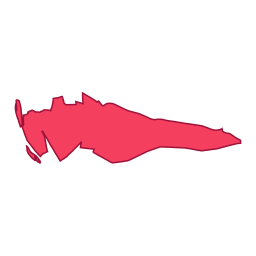 Basatin, Al Qahirah, Egypt
{"feature_id": "37247803B92056872151518", "entity_name": "Basatin", "entity_type": "district", "adm_level": 2, "iso_a3": "EGY", "parent_name": "Egypt", "parent_adm1": "Al Qahirah", "projection": "natural_earth1", "projection_center": [31.251, 29.98], "detail": "fine", "context": "isolated", "style": "filled", "palette": "rose", "viewbox_px": 256, "rotation_deg": 0, "n_neighbors": 0, "source": "geoboundaries", "source_scale": "gbopen_adm2", "svg_char_len": 5188}
<svg xmlns="http://www.w3.org/2000/svg" viewBox="0 0 256 256"><path d="M62.2,96.5L60.3,97.0L57.9,97.8L57.5,97.8L56.1,98.0L55.1,98.1L53.2,98.5L53.2,100.3L53.2,100.8L52.8,102.6L52.4,104.9L52.1,106.0L51.6,108.4L51.3,108.4L51.2,108.7L50.9,109.3L50.7,110.7L50.6,110.8L49.9,110.5L49.3,110.2L49.0,110.2L48.4,110.1L48.0,110.1L46.2,110.0L44.9,109.9L43.9,110.0L43.7,110.0L42.8,110.8L42.3,111.2L42.0,111.3L41.1,111.4L40.9,111.4L40.6,111.6L40.0,112.2L39.8,112.3L39.7,112.3L38.9,112.1L38.5,112.0L36.9,112.0L35.7,111.9L35.1,111.9L34.2,111.1L33.8,110.9L32.8,110.5L32.0,110.1L30.4,111.2L29.9,111.0L28.8,111.7L27.8,112.2L28.2,113.2L27.9,113.6L25.9,114.7L24.7,115.0L24.5,115.4L23.8,115.8L23.2,114.6L23.3,117.2L23.4,121.7L23.7,124.0L22.8,126.1L22.2,126.8L25.2,135.4L27.3,140.6L30.9,145.2L35.4,151.1L40.4,156.5L42.0,154.7L42.9,153.9L43.2,153.6L43.4,153.5L45.3,152.7L47.1,151.7L47.5,151.6L47.3,151.2L47.2,150.9L45.9,144.3L45.7,143.1L45.6,141.9L45.2,140.0L45.0,139.0L44.8,137.7L44.4,136.2L44.0,135.3L43.4,134.2L42.9,133.1L42.5,132.3L42.0,131.5L42.5,131.2L44.4,134.3L47.2,139.0L48.6,141.5L50.5,145.0L53.2,149.3L55.5,153.3L57.1,155.8L60.2,161.0L62.2,159.6L64.1,158.5L64.4,158.4L64.8,157.9L65.1,157.7L66.3,156.9L67.0,156.4L67.7,155.6L68.3,154.9L70.1,153.2L72.5,151.0L73.1,150.3L77.1,146.3L80.0,143.4L81.1,142.1L81.4,142.4L81.0,143.9L80.4,147.6L82.0,147.8L94.2,149.2L93.2,151.6L93.2,151.8L93.3,152.1L93.4,152.4L93.6,152.5L97.2,154.6L99.0,155.6L103.1,157.8L104.8,158.8L108.3,160.7L110.3,161.9L110.7,162.1L111.5,162.5L112.0,162.7L112.4,162.8L113.2,162.8L114.9,162.6L118.6,162.1L123.6,161.4L125.4,161.0L126.7,161.0L129.1,160.2L132.9,158.4L142.4,153.8L147.3,151.4L151.7,149.8L156.3,148.2L158.9,147.3L160.2,147.0L161.9,146.9L166.7,147.1L168.3,147.1L171.8,147.3L182.3,147.8L184.8,147.9L190.4,148.8L193.1,149.3L196.1,149.9L199.5,150.4L200.6,150.7L201.2,150.7L202.9,150.7L203.9,150.5L206.3,150.2L210.4,149.7L212.2,149.4L213.8,149.2L215.7,149.0L217.4,148.7L220.5,147.8L222.5,147.3L224.8,146.7L227.9,145.8L236.1,143.8L238.3,143.4L240.0,143.3L240.6,143.2L240.6,140.4L235.2,137.4L233.9,136.4L229.7,133.6L228.4,133.3L226.2,133.1L222.8,131.6L222.6,131.2L222.4,130.6L222.3,129.8L222.2,129.5L222.0,129.1L222.0,128.7L221.7,128.9L220.2,129.5L218.7,129.9L217.8,130.0L215.9,130.2L214.0,130.0L212.4,129.6L210.5,129.1L207.2,127.7L205.2,127.0L204.3,126.7L201.9,125.9L199.1,125.4L191.7,124.3L184.5,123.3L182.8,123.0L181.6,122.8L178.0,122.2L173.2,121.4L169.2,120.9L166.3,120.4L163.2,119.6L161.2,119.3L160.8,119.2L159.6,119.2L159.0,119.2L157.4,119.3L155.3,119.6L154.5,119.6L153.3,119.5L152.3,119.3L150.7,118.9L149.6,118.4L147.8,117.5L141.8,114.8L139.4,113.8L136.7,113.0L131.6,111.7L129.1,111.0L126.6,110.1L125.4,109.6L124.5,109.1L115.2,104.6L114.0,104.1L112.9,103.7L111.9,103.5L110.7,103.4L109.0,103.3L108.3,103.4L107.9,103.4L106.9,103.6L106.5,103.8L106.2,103.9L105.6,104.2L104.7,104.9L104.3,105.2L103.9,105.4L103.4,105.6L103.2,105.7L102.5,105.6L102.2,105.4L101.9,105.1L101.6,104.8L101.2,104.2L100.8,103.9L100.6,103.7L98.8,101.2L98.5,101.0L98.4,101.0L98.1,101.3L97.9,101.9L97.8,102.1L97.7,102.1L97.2,101.9L94.0,99.8L90.6,97.7L86.1,95.1L82.6,93.0L82.6,94.6L82.6,96.1L82.9,102.0L83.1,103.7L75.8,101.6L75.9,102.2L76.1,104.5L67.3,104.7L66.5,104.7L66.2,104.7L65.5,104.4L65.0,103.9L64.6,103.7L64.2,103.6L64.1,103.3L63.5,100.8L63.1,99.3L62.2,96.5ZM16.3,103.7L16.4,105.8L16.7,108.8L16.7,109.3L16.7,109.6L16.6,110.0L16.4,109.7L16.2,108.1L16.0,104.1L16.0,103.9L15.9,103.8L15.8,104.0L15.7,104.5L15.4,106.8L15.4,107.9L15.4,108.5L15.4,109.3L15.6,110.2L15.7,111.2L16.0,112.5L16.3,113.8L16.9,115.9L17.3,117.1L17.5,117.9L17.8,118.8L18.3,119.6L18.4,120.0L18.6,120.7L18.7,121.4L18.7,121.7L19.2,122.8L19.4,123.7L19.7,124.6L20.2,125.9L20.4,126.7L20.4,126.8L20.5,126.9L21.0,126.5L21.5,125.7L21.8,125.2L22.0,124.6L22.1,124.3L22.1,123.7L22.2,123.4L21.7,117.3L21.5,114.8L21.3,112.0L21.1,109.9L21.0,108.7L20.8,107.3L20.5,106.1L20.0,104.3L19.9,103.6L19.4,101.7L19.3,101.3L19.1,100.8L18.9,100.7L18.4,100.3L17.6,100.1L16.6,100.0L16.4,100.1L16.2,100.4L16.2,100.9L16.3,103.7ZM27.2,149.2L27.0,149.4L27.1,150.1L27.2,150.8L27.5,151.6L27.8,152.4L28.1,153.1L28.5,153.8L28.9,154.3L29.7,155.3L30.7,156.6L31.5,157.4L32.5,158.5L33.4,159.2L34.3,159.8L34.9,160.4L35.0,160.4L35.2,160.5L35.5,160.3L35.6,159.8L35.5,159.6L35.3,159.3L35.2,159.2L35.2,158.8L35.1,158.2L35.1,157.9L35.1,157.5L35.0,157.2L34.8,157.2L34.8,156.7L34.9,156.2L34.9,155.9L34.8,155.4L34.6,155.0L34.4,154.8L33.2,153.9L32.5,153.5L31.5,152.7L31.4,152.7L31.2,152.7L30.7,152.3L30.8,152.2L30.8,151.9L30.7,151.8L30.4,151.7L29.7,150.7L29.4,150.2L29.2,149.7L29.0,149.3L28.6,148.5L28.1,147.8L27.9,147.4L27.2,146.6L26.7,145.9L26.5,146.0L26.6,146.4L26.7,146.7L26.8,147.1L27.1,148.8L27.2,149.2ZM36.0,156.7L35.9,156.8L35.8,156.7L35.7,156.7L35.7,156.8L35.8,156.9L35.9,157.0L36.0,157.0L36.1,157.5L36.1,157.8L36.2,158.0L36.1,158.8L36.3,159.2L36.5,159.9L37.3,161.5L39.4,162.6L40.0,163.0L40.2,162.9L40.2,162.3L40.2,161.8L40.1,161.4L39.9,160.7L39.5,160.8L39.4,160.8L39.4,160.6L39.2,160.4L39.3,160.2L39.2,160.1L39.2,159.8L39.1,159.7L38.8,159.4L38.5,158.8L38.2,158.4L37.9,158.1L37.7,157.7L37.4,157.4L37.2,157.3L37.0,157.0L36.8,156.7L36.3,156.3L36.1,156.1L36.1,156.3L36.0,156.7Z" fill="#f43f5e" stroke="#9f1239" stroke-width="1.5"/></svg>